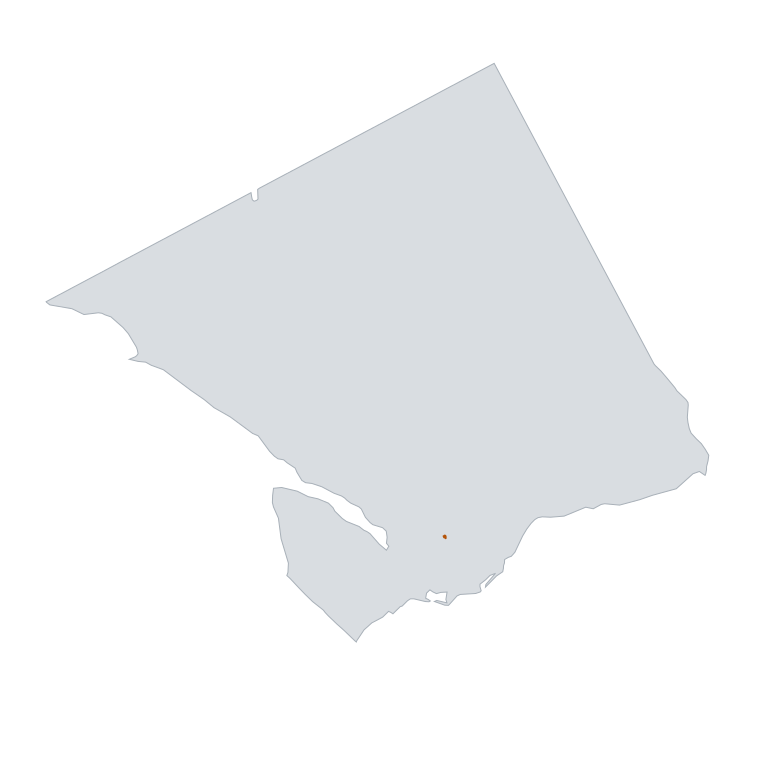 Qaha, Al Qalyubiyah, Egypt (highlighted), rotated 152°
{"feature_id": "37247803B19157845766633", "entity_name": "Qaha", "entity_type": "district", "adm_level": 2, "iso_a3": "EGY", "parent_name": "Egypt", "parent_adm1": "Al Qalyubiyah", "projection": "mercator", "projection_center": [31.21, 30.293], "detail": "fine", "context": "in_parent", "style": "filled", "palette": "amber", "viewbox_px": 768, "rotation_deg": 152, "n_neighbors": 0, "source": "geoboundaries", "source_scale": "gbopen_adm2", "svg_char_len": 3893}
<svg xmlns="http://www.w3.org/2000/svg" viewBox="0 0 768 768"><g transform="rotate(152 384 384)"><path d="M643.7,615.3L629.7,615.3L615.7,615.3L601.7,615.3L587.7,615.3L573.7,615.3L559.6,615.4L545.6,615.4L531.6,615.4L517.6,615.4L503.6,615.4L489.6,615.4L475.6,615.4L461.6,615.4L447.6,615.4L433.6,615.4L419.6,615.4L411.6,615.4L413.0,611.3L413.8,608.4L412.9,606.4L410.2,605.9L408.4,606.5L404.2,615.1L402.0,615.4L397.0,615.4L380.7,615.4L364.4,615.4L348.1,615.4L331.8,615.4L315.5,615.4L299.2,615.4L282.9,615.4L266.6,615.4L250.3,615.4L234.0,615.4L217.7,615.4L201.4,615.4L185.1,615.4L168.8,615.4L152.5,615.4L136.2,615.4L136.2,605.0L136.2,594.7L136.2,584.3L136.2,573.9L136.2,563.5L136.2,553.1L136.2,542.6L136.2,532.1L136.2,521.7L136.2,511.2L136.2,500.6L136.2,490.1L136.2,479.5L136.2,469.0L136.2,458.4L136.2,447.7L136.2,437.1L136.2,426.5L136.2,415.8L136.2,405.1L136.2,394.4L136.2,383.6L136.2,372.9L136.2,362.1L136.2,351.3L136.2,340.4L136.2,329.6L136.2,318.7L136.2,307.8L136.2,296.9L136.2,286.0L136.2,275.0L135.8,272.9L133.4,265.5L131.3,256.0L128.9,244.3L128.6,240.5L124.7,228.4L124.3,224.9L125.3,222.5L131.8,212.2L133.7,207.3L135.4,201.3L135.9,196.4L134.0,189.0L131.8,182.3L131.0,175.4L130.7,168.6L134.0,164.0L138.0,159.6L139.4,157.0L141.8,154.0L143.4,152.6L146.6,158.7L153.3,159.7L175.1,154.3L199.2,159.7L212.5,161.8L232.9,166.5L245.4,174.7L248.8,175.7L257.8,175.6L263.7,180.5L287.0,182.8L299.5,188.2L306.6,192.4L310.8,193.7L314.5,193.5L319.6,191.9L326.0,188.9L333.0,184.7L347.4,174.0L352.5,172.1L355.8,172.6L359.9,172.4L361.6,169.5L363.7,167.5L365.1,165.2L367.3,162.5L374.8,161.7L389.8,157.0L388.1,159.2L374.4,164.5L380.3,165.2L386.3,163.4L393.2,162.2L394.4,160.0L395.3,155.8L396.6,155.2L401.4,156.0L415.5,162.4L419.0,162.6L428.9,159.0L431.0,158.3L434.2,160.2L441.6,168.3L439.0,168.1L431.2,161.2L430.5,164.7L426.0,170.7L431.6,173.3L436.1,174.3L438.6,177.7L440.1,180.7L444.6,179.4L447.8,175.3L446.1,173.0L445.0,170.7L446.5,170.6L449.6,172.5L458.5,180.3L461.5,181.9L465.0,181.6L472.2,179.4L474.2,179.8L484.0,176.9L485.1,179.0L486.7,181.1L494.6,178.8L506.9,178.8L517.0,176.3L528.6,170.1L529.6,169.2L530.2,170.7L531.6,174.9L535.1,185.6L538.2,193.9L542.0,205.4L543.2,209.8L543.7,212.8L549.2,225.4L552.5,235.7L554.9,244.1L558.2,256.3L559.7,260.5L557.3,262.7L552.5,270.7L547.5,295.7L540.2,315.1L539.3,327.3L538.2,331.7L534.7,337.8L530.5,343.8L523.0,340.7L510.9,330.1L503.8,320.1L496.2,313.6L489.0,304.9L487.1,298.7L487.1,294.7L484.0,284.9L481.7,280.3L472.9,269.9L470.4,264.3L468.5,261.9L466.6,258.4L463.4,244.8L459.9,236.1L455.9,238.5L456.6,242.2L453.2,247.2L451.1,253.0L452.7,257.8L459.9,265.0L461.3,268.1L463.0,275.0L462.7,284.3L463.9,287.4L469.2,294.3L471.2,298.4L472.3,301.9L474.1,305.1L479.4,311.0L487.1,322.4L494.3,330.0L499.6,333.7L501.8,337.4L502.3,346.9L501.9,351.4L506.5,359.9L508.2,364.2L512.7,367.7L514.7,371.7L516.6,378.2L519.4,397.3L523.2,402.0L535.2,427.1L545.2,442.9L550.1,454.7L557.5,469.0L572.1,500.2L580.7,509.8L584.2,515.2L590.5,519.4L597.3,525.4L590.8,524.8L589.1,525.1L586.9,526.2L585.8,529.8L585.3,532.7L586.1,548.4L587.9,556.4L593.6,571.5L597.8,576.0L599.9,578.9L602.8,581.0L616.3,586.2L624.2,597.0L641.9,610.7L643.6,614.5L643.7,615.3Z" fill="#d9dde1" stroke="#a8b0b8" stroke-width="1"/><path d="M402.9,221.5L402.9,221.4L403.0,221.4L403.0,221.2L403.1,220.9L403.1,220.7L403.1,220.4L402.9,220.3L402.9,220.2L402.7,220.1L402.4,220.1L402.5,220.0L402.5,219.7L402.4,219.5L402.2,219.4L402.3,219.3L402.3,219.2L402.2,219.0L402.2,218.9L401.9,218.9L401.7,218.9L401.7,219.0L401.8,219.1L402.0,219.2L402.0,219.4L401.9,219.4L401.9,219.5L401.9,219.8L401.8,220.0L401.7,220.1L401.4,220.2L401.4,220.3L401.5,220.3L401.5,220.5L401.4,220.7L401.3,220.8L401.2,220.8L401.1,220.7L401.1,220.8L400.9,220.9L400.9,221.0L401.0,221.3L401.1,221.5L401.3,221.8L401.5,221.8L401.8,221.9L402.0,221.8L402.3,221.7L402.5,221.8L402.8,221.8L402.8,221.7L402.9,221.5Z" fill="#f59e0b" stroke="#b45309" stroke-width="1.5"/></g></svg>